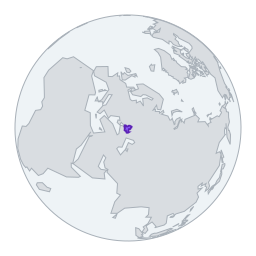 globe centered on Rostov, rotated 61°
{"feature_id": "RUS-2367", "entity_name": "Rostov", "entity_type": "Region", "adm_level": 1, "iso_a3": "RUS", "parent_name": "Russia", "parent_adm1": "", "projection": "orthographic", "projection_center": [41.086, 48.087], "detail": "fine", "context": "on_globe", "style": "filled", "palette": "violet", "viewbox_px": 256, "rotation_deg": 61, "n_neighbors": 0, "source": "natural_earth", "source_scale": "10m", "svg_char_len": 12382}
<svg xmlns="http://www.w3.org/2000/svg" viewBox="0 0 256 256"><g transform="rotate(61 128 128)"><circle cx="128" cy="128" r="113" fill="#eef3f6" stroke="#a8b0b8"/><path d="M106.7,17.4L109.5,17.7L106.4,18.1L107.5,18.4L111.5,18.0L113.8,17.8L123.0,20.0L135.8,21.9L140.8,21.5L139.0,22.6L149.0,21.4L156.6,22.9L147.5,21.9L146.1,22.4L150.9,23.6L150.6,24.4L152.7,25.6L151.8,26.5L146.5,26.1L145.9,26.8L149.3,27.6L150.6,29.3L145.6,27.9L147.4,30.7L138.9,31.2L126.3,27.6L121.0,29.6L106.3,30.6L107.0,31.7L101.9,33.1L100.9,34.9L98.5,34.8L99.7,36.4L102.1,36.2L103.5,36.9L103.1,38.0L99.9,38.0L99.6,37.4L98.5,38.0L97.1,37.6L97.6,38.4L93.8,38.4L96.9,40.2L93.4,41.6L91.0,41.2L92.1,39.0L89.5,33.3L87.5,32.6L83.5,33.5L74.2,39.9L71.6,40.2L67.5,42.3L68.5,43.0L72.1,41.7L73.0,43.8L77.3,42.2L78.2,42.9L82.3,42.4L80.7,44.9L77.0,47.8L73.5,48.5L71.8,49.9L74.3,51.4L67.1,55.0L61.1,61.7L59.4,62.5L57.3,59.8L59.3,54.1L56.6,51.5L57.3,55.8L52.9,58.1L51.8,59.7L51.5,61.2L52.8,61.5L51.1,62.9L49.7,59.0L51.2,57.6L51.6,58.8L52.5,56.2L51.6,53.9L49.4,55.5L50.3,51.2L48.8,52.3L48.1,52.2L50.5,50.5L46.2,53.5L46.9,50.4L41.1,56.4L47.8,49.0L50.9,45.9L53.8,43.2L60.4,37.9L67.4,33.0L74.8,28.7L82.4,25.0L90.3,21.8L98.4,19.3L106.7,17.4ZM16.4,112.5L15.8,119.0L15.4,124.2L15.4,124.5L16.4,112.5ZM15.4,128.7L15.4,128.8L15.4,128.7ZM15.4,132.4L16.9,144.8L19.1,154.9L20.0,159.5L19.9,159.5L17.7,150.6L16.2,141.6L15.4,132.4ZM39.8,58.1L41.0,56.6L40.0,57.8L39.8,58.1ZM115.0,17.6L111.6,18.0L108.2,18.1L111.0,17.6L115.0,17.6ZM121.4,18.0L119.8,18.3L118.7,17.6L120.0,17.7L121.4,18.0ZM144.5,21.2L141.8,20.7L144.5,20.9L144.5,21.2ZM153.1,25.6L154.0,25.5L154.7,26.1L153.1,25.6ZM82.9,41.0L82.6,41.7L82.0,41.4L82.9,41.0ZM85.0,40.2L84.5,39.5L85.4,39.0L85.6,39.5L85.0,40.2ZM154.1,28.2L155.0,29.4L153.1,28.1L154.1,28.2ZM85.3,41.3L87.0,38.3L88.6,37.5L91.0,38.7L85.3,41.3ZM154.9,30.0L157.2,33.1L159.3,33.1L154.6,35.1L154.2,31.7L151.6,30.0L153.9,30.5L154.9,30.0ZM103.1,35.6L100.5,35.9L103.0,34.7L103.1,35.6ZM104.3,34.7L110.2,30.3L113.8,30.6L111.1,31.9L116.1,31.6L115.0,33.9L112.0,34.6L109.9,33.9L111.1,35.3L104.3,34.7ZM151.6,35.8L151.4,36.6L150.6,35.7L151.6,35.8ZM104.2,37.0L105.1,36.1L108.3,36.2L107.1,38.2L106.4,37.5L104.2,37.0ZM118.0,30.5L120.1,31.1L119.8,33.0L120.6,33.5L115.3,34.0L118.0,30.5ZM105.5,38.0L106.5,39.3L104.6,40.3L103.6,38.0L105.5,38.0ZM109.6,35.4L111.0,35.6L109.8,36.2L109.6,35.4ZM98.5,44.7L99.4,43.4L101.2,43.3L98.5,44.7ZM106.9,39.6L107.6,39.3L108.4,39.2L108.6,40.2L106.9,39.6ZM115.4,35.4L114.9,36.2L117.6,35.3L117.5,36.9L113.9,36.9L115.4,37.6L115.4,38.1L112.5,37.6L115.4,35.4ZM111.2,40.8L106.6,41.7L104.5,44.1L102.9,44.1L106.6,40.3L111.2,40.8ZM112.2,38.9L111.2,40.1L109.7,39.5L109.5,38.4L112.2,38.9ZM118.7,38.0L119.8,35.5L120.5,35.6L118.7,38.0ZM110.9,41.6L112.0,41.4L110.9,41.9L110.9,41.6ZM116.6,39.2L116.9,38.3L117.7,38.4L116.6,39.2ZM113.9,41.8L112.5,42.1L112.3,41.2L113.9,41.8ZM115.4,40.7L116.5,41.1L113.1,40.8L115.4,40.3L115.4,40.7ZM117.4,39.4L117.9,39.2L117.1,39.8L117.4,39.4ZM115.6,44.9L111.3,44.7L110.9,42.9L115.1,43.2L115.6,44.9ZM38.9,169.3L34.9,151.0L38.0,147.7L39.3,141.1L61.1,130.4L64.9,134.6L81.1,139.1L83.0,140.9L80.1,146.0L91.6,157.2L96.3,153.6L107.6,159.7L115.7,160.6L120.2,150.1L107.0,148.5L105.6,142.7L117.0,139.4L128.7,140.8L128.5,138.7L121.9,133.4L125.4,129.6L119.7,131.2L121.4,133.6L117.9,134.8L116.1,132.8L117.4,131.4L114.1,130.0L108.8,137.1L109.9,140.3L100.8,140.1L101.9,145.5L99.1,147.3L96.2,138.8L97.1,136.1L91.2,125.8L89.4,128.6L94.9,138.6L92.8,137.4L90.5,141.6L90.6,137.4L85.1,126.1L77.4,124.9L66.1,132.0L61.9,130.6L59.0,126.0L64.5,115.7L73.3,120.2L75.4,116.9L74.8,110.2L77.5,112.2L78.4,110.1L81.8,111.6L87.9,108.4L91.6,109.3L95.1,103.2L97.5,102.9L94.7,106.6L94.8,109.7L104.1,112.2L106.2,111.2L107.7,107.2L110.1,108.5L110.4,104.3L116.3,103.8L109.4,100.9L111.0,96.5L115.2,93.7L114.5,91.8L107.7,96.4L106.1,98.7L106.7,101.5L101.2,107.8L97.8,108.1L98.8,99.8L94.0,99.4L96.8,93.4L113.5,84.2L119.9,83.1L128.0,90.6L125.8,93.3L121.9,91.9L124.5,97.3L124.8,94.9L126.7,96.1L128.8,92.5L130.3,93.2L129.7,88.6L131.8,89.0L132.1,92.0L136.9,87.3L141.5,87.5L141.8,86.1L140.9,84.6L147.4,85.9L147.3,84.9L145.2,84.0L143.8,81.4L143.9,77.4L146.1,78.1L146.4,79.6L150.3,84.0L150.8,88.2L151.7,88.1L151.8,84.7L147.0,79.3L146.4,76.7L149.0,78.9L148.0,77.9L148.4,76.9L150.9,76.5L148.1,74.0L149.4,62.5L154.3,61.0L156.5,64.0L159.8,57.5L165.1,56.8L163.1,56.0L163.3,52.6L161.7,52.7L160.8,52.1L160.6,44.1L162.3,42.9L160.0,38.9L159.0,38.6L157.6,39.2L154.6,35.1L159.3,33.1L161.4,34.0L162.9,32.4L167.4,34.8L171.8,36.3L175.7,40.3L178.9,41.3L179.1,40.6L183.6,41.6L191.9,46.6L184.0,45.8L171.4,40.0L176.4,42.5L174.9,43.0L176.6,44.6L180.2,46.4L180.8,45.9L184.9,55.2L192.9,63.2L193.1,59.5L195.9,59.3L205.2,66.4L214.4,83.9L218.2,84.8L220.1,87.1L220.7,91.0L217.8,87.8L216.1,88.9L214.4,86.6L214.3,92.1L211.9,89.1L213.0,95.1L215.4,96.3L216.4,92.3L218.4,99.2L222.6,99.8L225.9,104.5L228.2,119.1L226.4,127.6L226.8,129.6L224.6,130.0L223.9,136.2L229.8,140.7L230.4,143.4L228.2,153.0L227.7,151.2L221.9,152.5L222.4,159.6L226.9,160.1L228.5,164.2L225.7,165.9L223.9,162.4L221.9,162.7L221.3,157.0L217.4,150.8L214.6,155.6L213.7,152.1L207.9,148.2L203.3,154.7L196.5,169.8L197.4,178.8L194.3,184.3L186.1,175.3L182.9,167.1L179.6,169.4L171.5,164.1L156.5,167.8L154.6,165.6L151.8,167.4L146.0,165.7L143.3,161.8L139.7,162.5L147.1,172.6L151.0,171.8L154.6,167.0L155.9,170.7L161.4,172.9L154.4,183.3L132.6,193.3L130.9,186.5L116.8,166.1L117.5,163.8L117.5,163.5L117.3,163.0L115.6,166.8L113.3,162.4L120.3,177.3L121.3,183.3L132.3,193.7L131.1,194.7L134.8,196.6L147.2,193.1L147.1,195.2L141.0,205.5L124.3,217.6L126.8,224.4L126.1,229.4L116.4,231.9L117.9,234.9L113.0,235.3L113.1,236.6L109.6,237.3L103.3,237.1L92.0,234.2L90.7,233.2L84.2,229.4L75.0,219.5L77.2,216.4L76.0,212.5L67.8,200.3L69.6,195.5L67.5,192.1L63.3,190.7L61.0,186.5L58.5,185.1L43.2,177.1L38.9,169.3ZM52.7,139.1L51.9,141.0L52.7,139.1ZM140.6,147.9L147.9,147.6L145.5,140.8L148.1,140.2L146.3,138.2L145.2,140.3L141.0,134.7L144.4,132.3L144.0,129.2L141.5,129.2L135.8,134.5L141.9,142.5L139.9,145.5L140.6,147.9ZM26.5,79.3L25.5,81.6L26.2,79.8L26.5,79.3ZM30.8,71.1L27.3,77.6L28.2,75.8L30.8,71.1ZM38.8,59.2L37.9,60.4L37.7,60.7L38.8,59.2ZM39.1,59.0L39.4,58.7L40.1,57.7L39.1,59.0ZM53.0,58.3L53.1,58.7L52.4,60.4L52.0,59.8L53.0,58.3ZM53.7,66.9L50.9,69.1L52.6,67.1L51.5,66.6L53.7,61.9L58.6,62.7L56.0,63.1L53.7,66.9ZM58.1,56.2L56.1,58.9L58.1,55.9L58.1,56.2ZM79.7,97.9L80.4,100.0L78.5,102.0L73.8,101.4L76.6,98.5L79.7,97.9ZM82.0,102.6L84.2,94.8L87.2,95.1L85.1,96.2L86.9,97.2L84.1,99.3L84.7,107.3L83.1,109.7L75.3,106.9L78.8,106.5L77.8,104.3L82.0,102.6ZM84.7,76.7L85.7,73.9L90.9,77.9L89.3,80.1L84.6,79.5L83.6,76.6L84.7,76.7ZM89.3,44.3L89.3,43.3L90.2,43.3L90.9,44.0L89.3,44.3ZM98.8,44.1L89.9,48.4L89.6,47.5L84.9,51.4L82.0,50.6L85.2,48.1L79.4,50.5L81.1,47.9L77.4,49.9L84.7,44.3L86.0,42.2L85.6,44.8L88.2,45.6L89.7,45.3L94.9,43.0L99.0,39.1L102.2,39.5L103.4,40.7L102.9,41.7L101.0,41.1L101.7,42.8L98.5,42.8L98.8,44.1ZM115.4,58.4L113.4,56.8L114.3,61.2L111.2,60.8L111.5,61.3L108.8,62.2L106.1,64.3L104.8,63.7L104.3,64.7L102.6,65.4L101.5,66.8L98.8,66.2L97.2,67.9L96.8,66.7L94.8,69.7L95.1,67.3L92.8,68.1L93.8,70.0L81.8,65.1L76.6,65.2L72.1,66.8L73.2,62.7L78.0,58.8L84.5,55.8L89.4,56.3L89.0,54.5L91.2,54.3L90.6,55.8L92.8,53.4L94.5,53.7L100.2,51.6L102.4,48.2L104.6,47.5L104.6,49.0L106.7,47.2L108.2,49.6L109.7,49.2L112.7,51.2L111.7,54.5L113.6,53.8L115.9,55.4L115.4,58.4ZM116.3,45.5L115.9,49.3L113.9,51.0L109.6,46.8L107.9,46.8L105.1,44.4L108.0,42.1L108.5,43.0L109.7,43.3L108.4,43.9L110.4,43.7L111.2,44.9L113.0,45.1L112.3,46.2L116.3,45.5ZM85.7,139.5L87.2,140.3L89.8,140.8L88.4,143.6L85.7,139.5ZM81.8,131.8L83.3,132.0L82.5,135.9L80.9,135.2L81.8,131.8ZM84.7,128.8L83.4,131.7L83.2,129.7L84.7,128.8ZM96.2,106.5L97.8,106.5L97.7,107.6L96.5,108.8L96.2,106.5ZM117.6,72.2L116.7,70.8L117.4,70.4L117.7,66.9L120.1,67.1L120.8,69.3L117.6,72.2ZM117.6,151.8L114.9,153.6L113.9,152.5L115.0,152.1L117.6,151.8ZM100.7,149.0L104.2,151.2L100.2,149.8L100.7,149.0ZM120.2,71.8L120.1,70.3L121.3,71.4L120.2,71.8ZM121.8,67.1L123.4,67.9L120.4,66.7L121.8,67.1ZM145.7,227.6L138.7,235.3L133.3,235.7L131.9,233.9L134.3,229.4L140.6,227.5L143.5,224.9L145.7,227.6ZM236.8,157.0L236.6,157.8L236.9,156.7L236.8,157.0ZM236.1,159.1L236.9,156.6L235.8,160.3L236.1,159.1ZM237.7,153.6L237.2,155.6L237.8,153.1L237.7,153.6ZM235.4,160.9L230.9,170.4L228.8,173.1L229.5,171.0L233.0,165.4L235.4,160.9ZM229.3,171.3L225.7,173.1L218.9,169.6L221.4,167.3L228.1,166.2L227.8,167.8L230.0,167.4L229.3,171.3ZM237.0,151.0L236.6,154.8L234.3,159.8L233.1,161.7L232.3,159.0L232.8,156.0L233.8,154.1L236.5,139.0L237.7,138.1L237.2,143.7L238.1,144.4L237.0,151.0ZM197.9,179.3L200.8,182.8L198.9,184.7L197.9,179.3ZM236.6,130.5L236.2,137.0L236.2,129.7L236.6,130.5ZM235.9,124.6L236.5,126.1L235.6,125.7L235.9,124.6ZM227.8,132.0L226.7,134.4L226.2,133.3L227.2,129.5L227.8,132.0ZM228.4,108.5L230.3,112.2L230.8,113.8L229.4,112.6L228.4,108.5ZM140.2,72.7L137.1,77.2L136.4,80.9L138.5,83.5L134.3,81.9L135.3,76.2L140.2,72.7ZM148.1,63.6L146.2,61.6L147.9,61.3L148.5,61.8L148.1,63.6ZM146.4,63.2L142.5,62.8L142.0,61.0L145.1,61.6L146.4,63.2ZM131.3,67.1L130.2,68.3L129.2,67.4L131.3,67.1ZM240.1,139.1L240.0,139.6L240.2,138.1L240.1,139.1L240.1,139.1ZM238.6,143.5L238.8,144.6L239.6,140.1L239.0,144.4L239.2,145.6L238.9,147.7L238.8,146.2L238.2,150.7L237.8,152.0L237.9,149.5L238.5,144.2L238.8,141.1L240.0,134.7L238.6,143.5ZM240.5,133.5L240.4,132.1L240.4,129.8L240.5,130.0L240.5,133.5ZM239.6,129.0L238.6,128.5L238.3,131.8L238.5,123.4L239.4,125.2L239.6,129.0ZM238.0,124.8L237.7,127.8L237.7,123.4L238.0,124.8ZM237.4,127.4L236.8,125.6L237.3,124.3L237.4,127.4ZM238.2,123.8L237.4,120.0L238.1,121.2L238.2,123.8ZM235.2,121.8L237.1,121.7L235.5,124.7L233.1,118.4L233.6,116.4L235.2,121.8ZM222.7,85.0L221.3,83.6L221.0,81.5L222.1,83.0L222.7,85.0ZM218.9,73.8L220.5,80.5L221.5,86.2L222.3,85.7L224.5,89.7L222.1,88.7L219.7,82.6L219.4,78.8L217.2,75.8L215.6,71.9L212.6,69.3L211.2,67.0L213.8,68.3L218.9,73.8ZM211.3,68.4L205.5,63.2L206.0,60.6L207.4,61.2L209.9,64.6L209.4,65.7L211.3,68.4ZM204.2,61.3L203.7,62.4L194.2,58.5L192.3,57.1L199.9,58.3L199.8,59.5L202.1,61.0L204.2,61.3ZM152.6,36.7L151.5,36.6L152.3,36.2L152.6,36.7ZM159.9,52.2L158.7,51.3L159.8,50.7L159.9,52.2ZM156.2,48.4L155.8,49.7L155.3,48.0L156.2,48.4ZM155.2,52.7L155.2,50.1L156.5,53.0L155.2,52.7Z" fill="#d9dde1" stroke="#a8b0b8" stroke-width="1"/><path d="M126.5,126.1L126.5,125.9L126.8,125.7L126.7,125.4L126.7,125.2L126.8,125.1L127.0,125.0L127.3,125.0L127.4,124.9L127.5,124.9L127.9,124.6L128.0,124.4L128.1,124.2L128.3,124.1L128.3,123.9L128.2,123.9L128.3,123.9L128.5,124.1L128.7,124.3L129.0,124.4L129.0,124.5L129.3,124.7L129.4,124.8L129.3,125.0L129.3,125.3L129.2,125.4L129.3,125.5L129.2,125.7L129.3,125.8L129.6,125.9L129.7,126.1L129.8,126.1L130.0,126.2L130.0,126.3L130.1,126.5L130.0,126.8L130.1,127.0L129.9,127.1L129.7,127.2L129.4,127.3L129.3,127.5L129.3,127.8L129.2,128.0L129.3,128.1L129.5,128.1L129.8,128.1L130.2,128.4L130.2,128.7L130.4,129.0L130.5,129.1L130.8,129.2L131.2,129.1L131.3,129.1L131.5,129.2L131.6,129.3L131.6,129.5L131.8,129.5L131.8,129.3L132.0,129.2L132.2,128.9L132.2,129.0L132.3,129.1L132.3,129.8L132.3,130.2L132.2,130.4L132.0,130.5L131.8,130.6L131.8,130.8L131.7,130.9L131.8,131.0L131.9,131.3L131.8,131.5L131.8,131.4L131.7,131.3L131.7,131.2L131.6,131.3L131.5,131.5L131.4,131.7L131.1,131.7L130.7,131.4L130.5,131.2L130.3,131.3L130.2,131.3L130.0,131.2L129.8,131.1L129.5,131.0L129.3,131.0L129.4,131.3L129.5,131.3L129.5,131.5L129.2,131.5L129.1,131.8L128.9,131.8L128.9,131.7L128.8,131.8L128.9,132.0L128.6,132.1L128.4,132.1L128.1,132.2L128.0,131.9L127.9,131.9L127.8,131.7L127.6,131.6L127.0,131.5L126.9,131.4L126.9,131.2L126.6,131.0L126.6,130.9L126.7,130.7L126.3,130.6L126.2,130.5L125.9,130.5L125.7,130.5L125.4,130.7L125.4,130.8L125.1,130.8L125.0,130.7L125.1,130.4L125.0,130.5L124.8,130.4L125.0,130.2L125.3,130.1L125.6,130.1L125.6,129.9L125.6,129.7L125.4,129.6L125.2,129.6L125.0,129.8L124.9,129.8L124.7,129.8L124.6,129.7L124.9,129.6L125.0,129.5L124.9,129.6L124.7,129.6L124.5,129.8L124.4,129.8L124.2,129.8L124.1,129.7L124.3,129.6L124.2,129.5L124.1,129.4L124.2,129.2L124.3,129.0L124.3,128.9L124.7,128.8L124.8,128.7L124.9,128.8L124.9,128.7L125.0,128.5L125.0,128.4L125.3,128.4L125.4,128.5L125.7,128.4L125.7,128.5L125.8,128.5L126.0,128.5L126.3,128.4L126.3,128.2L126.4,127.9L126.5,127.7L126.4,127.6L126.5,127.4L126.4,127.2L126.2,127.0L126.2,126.7L126.3,126.7L126.5,126.6L126.6,126.4L126.6,126.5L126.5,126.4L126.4,126.4L126.2,126.3L126.2,126.2L126.3,126.1L126.5,126.1Z" fill="#8b5cf6" stroke="#5b21b6" stroke-width="1.5"/></g></svg>